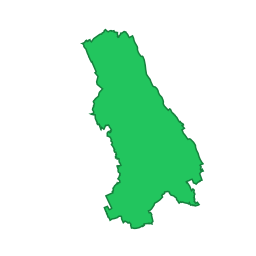 Clonmel Lea-6, South Tipperary, Ireland (Robinson projection), rotated 246°
{"feature_id": "5873133B92234253465118", "entity_name": "Clonmel Lea-6", "entity_type": "district", "adm_level": 2, "iso_a3": "IRL", "parent_name": "Ireland", "parent_adm1": "South Tipperary", "projection": "robinson", "projection_center": [-7.699, 52.42], "detail": "fine", "context": "isolated", "style": "filled", "palette": "green", "viewbox_px": 256, "rotation_deg": 246, "n_neighbors": 0, "source": "geoboundaries", "source_scale": "gbopen_adm2", "svg_char_len": 5152}
<svg xmlns="http://www.w3.org/2000/svg" viewBox="0 0 256 256"><g transform="rotate(246 128 128)"><path d="M32.9,106.7L32.0,108.4L32.4,108.6L30.6,110.9L32.0,111.2L32.2,112.2L32.6,112.8L38.9,114.0L39.3,114.5L41.7,114.2L41.9,112.9L44.0,113.0L43.9,114.8L44.5,116.6L47.0,120.5L47.8,121.0L48.5,122.0L48.7,124.7L49.4,127.9L50.9,131.5L52.5,131.4L52.6,131.8L53.4,132.5L53.1,133.2L53.3,134.5L53.6,135.0L54.0,135.0L54.6,135.4L53.8,138.6L52.5,139.8L51.5,139.4L49.2,140.0L47.5,142.1L45.9,142.8L44.8,143.6L43.9,143.6L42.7,143.3L40.8,143.9L39.5,143.9L39.4,144.1L38.6,144.2L39.2,146.2L38.4,146.5L38.2,147.9L37.9,147.9L36.3,149.8L35.1,151.6L33.9,152.6L34.8,153.6L32.1,153.8L31.4,155.9L30.7,155.9L30.3,157.5L29.5,157.6L29.0,160.6L29.1,161.8L32.0,161.1L31.7,159.2L33.8,158.7L33.8,159.2L35.6,159.3L35.9,160.1L37.4,159.8L37.4,160.2L39.5,161.1L40.3,162.1L41.0,162.0L41.3,162.3L42.2,161.8L44.3,163.2L45.9,162.5L45.1,161.2L44.9,160.5L49.8,160.7L53.8,160.0L53.8,159.5L55.1,159.3L55.3,160.7L55.1,162.0L55.3,164.4L55.1,165.7L52.7,165.7L51.3,165.5L49.9,166.9L49.0,167.4L50.0,169.9L50.0,172.1L50.6,172.3L50.3,174.4L57.2,174.9L58.1,176.8L58.6,178.3L58.1,178.7L58.1,179.2L60.1,179.0L59.9,178.7L60.3,177.8L59.7,177.7L59.7,177.3L61.0,177.4L61.7,178.2L62.0,178.1L62.7,179.0L64.5,178.6L65.0,179.3L64.8,179.5L64.8,180.9L64.8,182.0L65.0,182.0L66.3,181.5L70.0,181.1L73.2,181.2L76.3,181.7L79.9,181.5L83.0,181.9L84.6,182.5L85.2,182.5L88.2,182.1L92.4,180.5L93.2,179.5L93.2,178.2L95.7,177.6L95.9,177.6L96.1,177.6L98.9,177.0L99.0,177.0L99.1,176.9L101.0,176.4L103.0,176.6L104.3,176.5L104.8,179.4L108.1,178.4L108.2,179.9L108.7,180.0L109.2,179.7L109.5,179.8L109.8,179.4L110.2,179.3L110.3,178.9L111.2,178.7L111.3,178.5L113.3,178.2L112.3,177.9L112.4,177.5L114.7,177.1L117.7,176.9L120.0,176.1L120.5,176.2L121.1,175.6L122.4,175.5L123.0,175.2L123.0,174.9L124.8,174.4L127.7,174.4L128.5,173.8L127.8,172.0L133.5,170.1L135.7,170.0L137.6,171.0L139.3,171.3L142.2,171.4L145.4,170.3L147.8,170.2L150.1,170.6L152.3,170.4L154.3,169.6L155.4,168.2L156.5,167.7L161.1,167.7L163.3,167.9L166.5,167.2L169.5,166.7L174.1,167.9L178.1,169.2L183.6,170.5L187.1,170.6L187.7,170.3L187.9,169.4L188.3,169.0L191.4,168.3L193.4,168.2L195.5,168.4L197.4,169.3L198.6,169.5L203.5,169.0L205.5,169.1L207.9,169.6L210.3,169.6L210.1,166.0L210.6,165.8L213.7,165.7L216.0,165.0L216.7,165.0L216.8,164.5L217.7,163.7L217.2,161.3L217.6,159.8L216.6,159.4L215.7,157.4L214.8,156.5L215.1,156.1L215.0,155.8L216.0,155.6L216.8,156.3L217.3,156.4L217.8,156.3L219.5,157.2L219.9,156.3L220.2,156.2L220.3,155.6L221.2,155.0L221.2,154.5L222.6,154.7L223.1,152.5L223.6,152.5L224.1,151.5L224.1,150.2L223.9,149.4L224.0,149.0L225.6,147.9L227.0,147.5L226.8,146.4L226.4,145.7L225.8,145.5L225.3,144.4L225.3,143.1L224.6,142.2L224.6,141.6L225.0,141.1L225.0,140.2L223.6,133.1L221.6,129.6L223.2,128.9L224.2,129.1L224.2,127.3L223.5,126.8L223.6,126.0L225.0,125.7L224.9,125.0L224.7,125.0L224.5,124.1L223.7,123.0L223.8,120.7L223.3,121.3L222.7,121.1L221.5,121.3L220.6,121.1L220.5,120.9L219.3,121.0L217.3,121.7L212.4,121.3L209.9,121.4L209.2,121.1L207.7,121.3L206.6,121.2L203.2,121.4L203.2,122.1L201.8,121.9L192.3,121.8L191.9,120.3L187.3,121.6L182.9,118.1L180.4,117.6L174.1,120.7L172.3,116.6L171.5,115.7L169.0,113.9L168.1,110.5L167.7,110.1L167.7,109.5L167.1,108.8L166.7,107.6L166.1,107.0L164.1,107.2L162.8,106.2L162.1,105.3L161.3,105.3L160.5,103.9L159.1,103.0L157.2,103.3L155.7,102.8L155.4,101.4L155.8,101.1L155.6,100.4L155.8,99.8L155.4,100.1L155.0,101.1L154.3,101.5L154.5,102.0L153.9,102.4L153.4,103.3L149.9,102.0L147.9,102.0L147.0,102.2L146.7,101.9L145.3,102.1L145.1,101.8L144.5,101.5L144.1,101.8L143.8,101.8L143.7,102.3L143.1,102.2L143.0,103.3L141.4,103.0L141.2,103.2L140.7,102.8L139.4,102.9L138.2,102.6L137.6,102.7L139.3,104.1L136.8,105.4L137.0,105.7L136.9,105.8L139.5,108.6L138.9,109.5L139.1,109.9L138.8,110.4L138.9,111.1L137.9,111.6L136.6,111.4L135.9,111.7L133.0,112.1L132.7,110.7L131.8,110.9L131.7,110.2L131.2,110.2L131.1,109.4L132.6,109.0L132.4,107.7L131.7,106.9L129.1,105.8L128.5,106.6L126.9,107.9L125.4,108.1L124.4,107.9L124.2,108.1L123.1,107.1L121.5,107.8L120.4,107.5L119.6,106.1L117.8,106.6L114.1,107.0L114.2,106.6L113.2,106.4L113.1,106.1L112.5,106.0L111.4,106.0L110.9,107.0L108.6,106.7L108.8,106.1L107.1,105.8L107.1,105.0L105.7,104.5L105.3,105.6L104.0,105.5L104.0,106.8L103.5,107.2L100.7,106.2L99.7,106.1L99.2,106.5L96.7,106.3L97.0,104.6L97.5,103.7L96.7,103.7L97.5,102.5L94.1,102.2L92.9,101.5L91.7,101.3L89.8,102.3L89.3,101.8L88.7,101.8L88.1,101.5L87.9,101.2L88.1,101.0L86.6,99.6L85.7,98.1L84.5,98.7L83.0,99.0L81.6,98.4L81.9,97.1L81.3,96.0L82.2,95.8L81.8,95.4L80.4,91.9L79.2,90.5L79.1,89.8L77.0,89.3L76.4,88.7L76.6,88.4L76.4,87.8L75.0,87.8L75.0,80.2L61.4,80.5L60.9,79.1L61.0,77.7L64.8,77.3L64.9,74.0L60.6,73.8L60.3,74.1L58.3,73.6L58.1,74.1L56.9,73.7L56.4,73.8L54.8,73.5L54.4,74.0L52.2,74.2L51.0,74.1L51.4,76.6L50.8,78.8L50.5,82.0L51.1,83.7L50.3,85.7L49.4,85.9L47.5,85.2L43.4,85.2L43.8,86.4L44.2,86.7L44.1,87.5L42.9,88.3L42.8,88.6L42.1,89.0L41.1,89.4L41.3,90.8L38.8,91.5L38.1,90.9L35.2,90.5L34.7,91.7L33.8,92.7L33.1,94.5L32.4,97.9L32.8,101.2L32.2,101.1L32.1,101.6L32.6,103.4L33.7,103.3L33.8,103.7L32.9,106.7Z" fill="#22c55e" stroke="#15803d" stroke-width="1.5"/></g></svg>